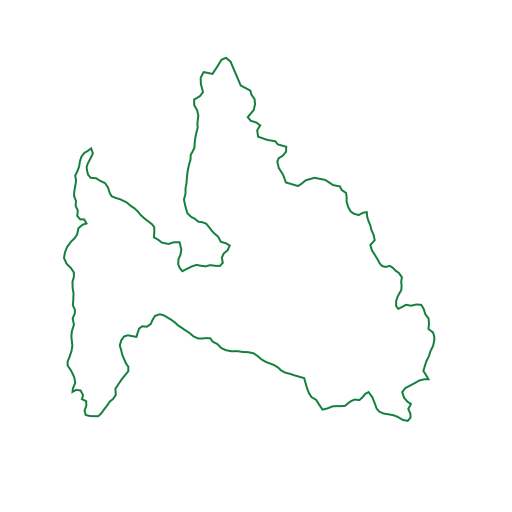 the district of Bandeira, Minas Gerais, Brazil, rotated 11°
{"feature_id": "56859067B30982506378095", "entity_name": "Bandeira", "entity_type": "district", "adm_level": 2, "iso_a3": "BRA", "parent_name": "Brazil", "parent_adm1": "Minas Gerais", "projection": "albers", "projection_center": [-40.598, -15.864], "detail": "fine", "context": "isolated", "style": "outline", "palette": "green", "viewbox_px": 512, "rotation_deg": 11, "n_neighbors": 0, "source": "geoboundaries", "source_scale": "gbopen_adm2", "svg_char_len": 4361}
<svg xmlns="http://www.w3.org/2000/svg" viewBox="0 0 512 512"><g transform="rotate(11 256 256)"><path d="M169.5,85.5L167.7,91.6L169.1,97.8L170.8,101.3L172.7,105.2L170.5,109.7L165.4,114.3L166.6,119.7L170.5,124.3L172.6,129.2L172.9,133.4L173.3,137.7L174.3,141.2L173.9,147.2L173.9,152.5L174.3,157.5L174.9,161.3L173.9,165.3L172.6,169.2L173.3,173.9L172.8,179.9L172.7,186.2L173.3,192.7L173.9,198.2L173.9,202.9L174.9,208.4L174.5,214.4L177.2,220.7L180.5,227.1L184.9,230.0L188.6,231.0L192.8,233.3L197.2,233.1L201.0,233.8L205.2,237.3L208.2,240.0L211.3,242.1L215.1,244.2L218.8,248.8L224.0,249.2L228.2,250.7L227.1,255.7L223.8,259.8L222.8,264.2L224.7,269.0L222.5,272.6L218.2,273.4L212.8,273.7L208.4,275.8L203.8,276.1L199.3,276.1L195.1,278.4L190.9,281.6L186.6,285.0L183.6,282.5L181.2,279.0L180.5,274.1L181.6,269.2L181.5,264.1L178.4,257.1L172.6,258.2L167.8,260.9L161.0,260.8L156.4,258.5L152.2,257.1L151.7,252.5L150.6,247.1L147.9,244.7L143.5,242.5L139.3,240.4L134.9,237.7L131.4,234.8L127.7,232.4L123.8,230.9L118.9,228.1L112.1,226.3L106.9,225.7L102.7,224.8L100.2,221.7L97.7,217.1L94.0,213.3L88.6,211.9L84.2,210.2L78.8,210.8L75.7,208.3L74.0,204.8L72.8,201.2L73.2,197.4L74.7,192.5L76.3,186.4L73.6,181.8L71.1,184.7L67.8,187.6L65.7,191.8L65.1,196.8L65.3,202.0L64.4,207.2L63.2,211.6L64.8,215.8L65.2,219.6L65.2,223.6L65.3,227.4L65.9,231.7L68.8,236.4L69.4,241.2L72.4,245.4L72.9,250.8L76.5,253.6L80.4,252.9L83.4,256.4L79.8,258.4L76.4,262.6L76.3,268.9L74.6,273.1L71.7,277.2L68.9,283.0L67.8,288.8L67.9,294.6L71.4,299.6L76.8,303.3L80.4,307.0L81.2,311.2L80.8,316.4L82.1,322.3L84.0,327.5L85.0,333.8L85.6,339.3L88.5,343.3L89.1,347.1L87.9,352.1L90.4,358.3L89.6,364.9L90.1,370.2L91.6,375.1L92.9,379.3L93.0,384.7L92.2,390.9L91.2,395.5L92.0,399.5L95.3,402.7L98.0,405.9L100.7,409.7L102.8,415.1L101.6,420.5L101.8,424.4L105.1,421.7L109.5,421.5L112.8,425.7L112.4,429.7L117.0,430.9L118.0,435.3L117.2,440.6L119.2,444.5L123.2,444.8L126.8,444.3L131.6,443.4L134.1,440.1L136.5,434.9L138.6,430.7L140.3,426.7L142.9,423.7L144.9,419.1L143.3,413.1L145.6,407.6L148.0,402.1L150.5,397.4L152.6,393.5L151.9,389.2L148.9,386.3L146.5,382.8L143.8,378.9L141.3,373.5L139.3,369.7L139.9,364.4L141.8,360.2L145.3,358.3L149.5,358.3L154.1,358.2L154.5,353.6L155.1,349.6L157.6,346.8L162.4,346.2L165.7,342.8L166.6,338.6L168.2,334.2L172.6,331.6L176.7,331.8L181.2,333.4L185.5,335.0L189.1,336.7L193.0,339.2L196.3,340.4L199.8,342.0L204.9,344.0L210.1,346.9L214.8,348.0L218.4,347.4L222.3,346.2L226.8,345.5L229.9,348.4L234.8,349.8L239.6,353.0L244.4,354.2L250.2,354.2L255.6,353.0L261.6,352.7L266.7,351.9L272.3,352.0L276.5,353.8L281.0,356.4L285.5,358.0L289.4,358.7L294.4,359.6L298.8,361.2L302.5,363.5L306.8,364.9L311.9,365.2L316.4,365.8L321.0,366.2L326.6,366.7L329.3,372.1L331.7,376.6L334.1,380.5L337.5,384.0L342.4,385.7L346.0,389.5L350.6,394.1L355.0,392.1L360.0,388.9L364.3,387.9L368.5,387.1L372.0,386.1L374.5,382.9L377.0,380.3L380.2,378.1L385.0,377.7L387.7,374.1L389.5,370.5L392.5,368.1L397.0,372.3L400.8,378.1L403.5,382.7L406.6,385.2L411.2,386.3L416.5,386.1L421.4,386.1L425.8,386.9L431.6,388.9L436.4,388.9L438.5,385.3L437.7,381.4L434.7,377.1L436.3,371.7L432.4,370.1L428.4,366.9L425.5,361.7L427.8,357.1L431.1,354.5L435.3,351.1L440.3,346.9L444.7,344.9L448.8,344.1L445.5,340.3L442.2,336.9L442.7,331.9L443.4,326.5L444.8,321.7L445.4,316.3L447.0,310.3L447.1,304.5L446.3,300.9L444.3,297.3L439.2,294.7L438.6,288.7L437.2,284.3L433.3,280.8L430.6,275.8L427.5,272.4L422.7,273.0L417.7,275.2L412.5,275.3L408.8,278.4L405.7,280.7L403.0,278.2L402.2,273.8L402.7,269.0L403.8,265.6L405.1,261.8L404.6,257.2L403.4,253.6L403.3,249.1L399.5,245.4L395.9,243.8L393.0,241.7L389.3,240.2L385.3,242.0L381.7,241.8L378.8,239.6L376.4,236.6L372.8,232.6L368.6,228.2L366.2,223.4L369.5,217.8L367.4,212.8L364.4,208.6L362.4,204.2L359.9,200.5L357.8,196.6L356.3,191.8L352.8,193.1L349.0,196.2L343.8,195.8L340.1,194.0L336.8,189.8L334.5,185.2L333.8,181.1L332.3,176.9L327.6,174.9L325.1,171.7L318.2,171.7L309.5,168.1L298.5,168.1L290.5,172.1L286.6,176.7L283.9,179.3L271.3,178.1L267.1,171.1L261.6,165.3L258.9,159.3L259.6,155.7L263.1,152.5L265.6,147.9L264.8,143.0L256.1,142.3L253.0,139.7L245.1,139.9L235.3,138.5L233.2,132.4L235.2,127.0L230.9,124.9L225.1,124.3L221.4,121.3L225.9,113.1L226.1,107.1L224.6,102.2L220.9,98.7L218.8,94.7L212.6,92.8L208.5,91.6L193.9,70.0L188.7,67.2L184.7,69.9L181.6,78.1L178.5,85.6L174.1,85.5L169.5,85.5Z" fill="none" stroke="#15803d" stroke-width="2"/></g></svg>